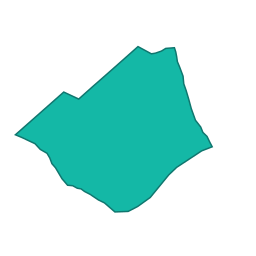 the district of Itaúna do Sul, Paraná, Brazil, rotated 318°
{"feature_id": "56859067B85448512958769", "entity_name": "Itaúna do Sul", "entity_type": "district", "adm_level": 2, "iso_a3": "BRA", "parent_name": "Brazil", "parent_adm1": "Paraná", "projection": "robinson", "projection_center": [-52.897, -22.73], "detail": "fine", "context": "isolated", "style": "filled", "palette": "teal", "viewbox_px": 256, "rotation_deg": 318, "n_neighbors": 0, "source": "geoboundaries", "source_scale": "gbopen_adm2", "svg_char_len": 742}
<svg xmlns="http://www.w3.org/2000/svg" viewBox="0 0 256 256"><g transform="rotate(318 128 128)"><path d="M39.8,57.7L42.9,64.3L45.7,71.0L48.4,77.4L48.5,85.2L50.9,92.6L49.8,98.0L47.6,103.6L47.5,109.1L45.0,121.6L44.8,130.1L48.3,133.9L50.0,138.8L52.4,141.9L53.2,146.0L55.4,151.8L57.9,161.7L60.4,167.9L62.1,181.6L72.3,190.1L82.7,192.8L98.1,194.5L127.0,190.1L137.9,189.8L167.5,194.3L178.0,198.3L179.3,193.2L181.1,187.1L180.7,181.4L182.7,175.9L183.3,167.4L188.0,155.9L192.2,147.6L196.3,139.0L199.0,132.5L203.6,126.3L207.1,117.4L209.1,111.7L211.8,107.7L214.4,103.4L216.2,99.4L209.3,94.1L204.3,93.2L198.4,90.7L195.0,88.5L189.9,74.2L152.8,73.9L129.0,73.6L110.7,73.5L104.3,58.3L39.8,57.7Z" fill="#14b8a6" stroke="#0f766e" stroke-width="1.5"/></g></svg>